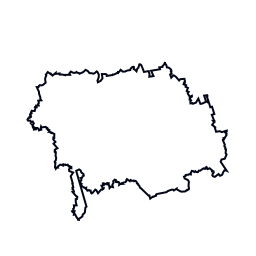 outline of Castillo de Teayo, Veracruz, Mexico, rotated 252°
{"feature_id": "50627088B5982554369070", "entity_name": "Castillo de Teayo", "entity_type": "district", "adm_level": 2, "iso_a3": "MEX", "parent_name": "Mexico", "parent_adm1": "Veracruz", "projection": "orthographic", "projection_center": [-97.687, 20.732], "detail": "fine", "context": "isolated", "style": "outline", "palette": "ink", "viewbox_px": 256, "rotation_deg": 252, "n_neighbors": 0, "source": "geoboundaries", "source_scale": "gbopen_adm2", "svg_char_len": 5693}
<svg xmlns="http://www.w3.org/2000/svg" viewBox="0 0 256 256"><g transform="rotate(252 128 128)"><path d="M95.0,221.1L95.1,215.9L96.6,214.3L97.2,210.6L101.6,210.7L101.8,211.1L105.0,209.0L106.9,211.7L108.0,211.3L107.7,211.8L108.3,211.7L108.3,212.1L108.9,211.7L109.1,212.1L114.7,211.8L114.6,214.4L122.3,214.5L122.3,212.7L128.2,212.8L128.0,211.9L128.9,212.0L129.0,212.8L134.1,212.7L134.1,213.5L134.7,213.5L135.3,210.4L128.8,210.4L128.3,205.7L128.6,204.3L134.2,204.0L131.1,200.4L131.0,197.4L131.2,196.9L131.8,196.9L132.1,195.0L134.3,195.6L134.6,196.5L136.3,196.0L136.3,195.5L137.4,195.9L138.1,198.5L138.9,198.7L138.6,196.4L142.3,195.5L143.0,195.6L143.6,196.8L145.1,195.3L147.6,197.4L149.4,195.5L150.7,196.5L151.5,195.3L151.9,195.5L152.5,194.4L154.0,195.5L153.8,196.1L154.2,196.5L157.3,196.9L158.3,192.8L157.4,191.3L162.1,189.3L164.0,187.6L164.1,187.3L162.5,184.7L165.9,184.6L166.2,186.3L168.6,186.2L168.8,187.0L170.5,186.9L172.8,185.4L173.6,183.7L175.8,183.9L178.3,183.2L179.3,183.6L177.3,182.0L176.1,179.8L175.4,179.6L176.0,176.5L174.0,176.6L175.3,167.7L169.5,168.3L170.2,164.1L172.2,165.0L175.7,165.3L176.4,160.5L182.6,160.2L183.8,160.0L185.0,159.0L185.0,158.4L182.2,156.6L181.3,154.9L179.3,153.6L181.5,152.5L182.2,151.6L184.1,152.5L184.6,152.0L184.7,151.0L184.3,150.1L183.3,148.5L182.4,148.0L182.9,144.9L182.6,142.6L183.2,140.5L185.6,139.0L184.1,137.0L184.4,135.8L183.3,135.4L183.7,134.5L183.1,130.9L183.6,130.1L183.2,129.5L184.1,123.9L185.3,124.2L186.2,123.5L187.4,119.8L183.1,119.1L181.3,116.5L180.8,113.5L182.5,113.6L185.2,115.8L187.6,116.7L190.5,116.3L191.5,115.7L190.4,113.0L190.4,111.7L191.3,110.4L192.1,108.3L194.4,107.5L196.4,105.7L195.0,102.6L194.6,98.7L195.3,98.5L196.2,96.8L197.2,96.4L196.8,94.9L197.4,93.0L199.3,91.0L198.1,89.2L196.5,89.4L197.9,84.8L197.6,84.6L199.3,81.7L199.7,79.9L200.1,79.4L201.0,79.8L201.9,75.6L202.6,76.0L201.2,72.4L203.3,71.5L203.0,71.2L206.0,69.0L204.1,66.3L203.1,66.5L201.5,65.0L199.9,64.2L196.6,63.7L195.2,60.3L195.3,58.5L196.0,57.5L195.6,56.4L194.6,55.5L195.1,53.9L189.7,54.5L188.3,54.0L184.1,54.1L182.8,53.6L181.1,54.1L181.7,51.1L179.4,51.0L178.6,49.9L177.0,50.0L177.7,47.6L176.1,47.5L176.7,46.1L176.5,45.9L175.9,46.4L173.0,44.5L174.1,41.8L173.1,41.3L173.2,40.9L172.5,40.4L171.7,40.7L171.3,39.0L170.2,38.9L170.1,39.4L168.6,39.2L168.5,38.8L169.0,38.5L168.9,37.8L168.2,37.9L168.0,35.9L166.9,34.9L165.8,35.3L165.2,37.4L163.5,37.7L163.6,39.4L161.4,39.8L160.4,38.3L160.8,37.8L159.0,38.5L158.5,37.7L157.5,37.9L157.4,38.6L155.6,38.0L155.2,40.2L156.5,40.4L156.0,41.9L154.6,42.8L153.3,42.6L153.2,45.0L155.1,45.1L156.3,45.8L155.2,46.1L154.6,49.8L153.7,50.7L152.7,50.5L152.7,51.3L151.2,51.2L151.3,51.8L150.9,52.1L150.9,51.8L149.3,52.3L148.8,51.7L148.7,52.3L147.1,53.2L146.6,54.1L147.0,54.2L145.1,56.1L141.4,54.8L141.9,54.0L140.1,53.4L137.2,54.7L136.1,52.3L130.6,54.7L130.1,52.1L129.6,51.9L129.6,51.5L128.6,51.2L127.7,51.7L127.6,51.1L126.6,51.6L123.8,50.5L121.8,50.5L119.5,49.3L118.7,47.9L117.3,47.8L117.1,48.2L113.3,46.4L111.5,46.7L112.3,47.7L112.0,49.0L112.7,48.8L113.1,49.4L114.1,52.1L113.3,53.8L113.4,54.5L112.7,54.2L112.1,54.9L112.9,56.0L112.6,57.1L112.0,57.3L111.7,59.4L110.1,59.6L109.9,60.4L109.3,60.1L108.4,60.8L109.0,61.1L108.5,62.1L107.2,61.7L107.8,60.4L106.9,59.1L105.2,58.8L102.6,62.1L99.8,58.6L93.3,58.4L92.4,58.3L92.4,57.9L88.7,57.7L88.6,56.8L87.0,56.4L87.0,56.9L84.2,56.9L84.3,55.5L79.5,57.5L78.4,58.5L77.3,58.2L76.9,57.4L76.3,57.3L76.5,56.3L73.5,55.4L70.3,55.2L71.1,52.6L69.4,52.3L67.7,51.2L67.8,50.9L66.9,50.8L66.4,50.4L66.2,49.1L65.1,49.3L65.2,51.3L62.3,49.7L62.2,51.0L58.6,51.6L57.8,52.1L56.2,52.1L55.9,52.7L56.5,52.7L58.0,57.3L59.7,58.2L60.5,60.2L61.3,61.0L65.5,62.9L66.0,64.2L103.3,65.5L103.7,68.7L102.3,69.8L100.1,69.9L98.0,71.4L96.3,71.2L96.2,70.0L94.9,69.0L95.0,67.9L94.5,68.2L94.3,67.8L92.7,67.5L92.0,66.3L91.4,66.1L89.8,65.8L89.2,66.4L89.0,65.8L88.0,65.7L85.0,67.6L84.9,68.2L84.1,68.6L84.1,69.7L83.1,69.1L81.9,69.9L81.1,69.9L80.8,70.3L81.1,71.6L80.3,72.2L80.0,73.1L77.9,72.8L77.0,73.2L77.3,74.4L79.5,77.9L78.5,78.7L75.2,79.3L77.8,83.5L77.3,84.3L77.7,85.9L78.3,86.3L78.6,85.4L81.3,85.0L81.1,85.9L81.6,86.5L81.4,86.8L82.4,86.9L81.8,87.8L82.8,87.9L81.9,89.1L81.6,90.3L81.2,90.5L82.1,91.2L81.4,92.6L80.4,91.9L79.6,92.3L76.6,91.9L77.6,93.5L76.4,95.4L78.9,95.6L80.5,97.4L82.0,97.5L83.0,99.4L82.2,100.4L80.4,99.8L79.8,101.0L80.2,101.3L79.2,102.6L78.0,102.7L76.7,102.1L77.1,103.3L76.7,104.9L77.2,104.4L77.5,104.8L77.1,105.4L77.5,106.6L77.3,108.7L77.9,109.9L78.9,110.2L79.7,111.2L76.8,113.4L77.7,114.5L76.5,115.4L76.2,117.3L75.5,117.4L75.5,118.6L74.9,119.2L73.5,119.6L72.9,119.4L72.0,120.1L71.8,119.8L71.3,119.9L69.6,120.9L67.6,120.9L67.0,121.5L57.3,126.7L57.2,127.5L54.0,127.3L54.8,129.7L54.7,130.7L55.0,130.7L54.9,133.8L55.9,134.0L56.3,134.8L55.1,144.8L55.7,146.3L55.9,150.1L55.5,151.7L54.4,152.3L55.3,155.5L54.8,155.3L51.8,158.0L50.9,159.2L50.0,162.8L50.9,165.0L50.5,165.1L50.9,166.8L51.5,167.3L54.4,167.7L58.0,169.3L59.9,169.0L62.5,166.3L64.4,166.2L64.6,167.9L65.3,168.1L65.5,168.6L64.9,171.0L65.2,171.9L64.4,173.4L66.1,173.9L66.2,174.4L67.5,175.4L66.8,176.8L65.7,177.4L66.1,178.7L65.2,179.1L64.5,180.5L64.5,181.0L65.6,182.1L65.1,183.4L66.3,187.2L65.3,188.5L65.6,189.1L65.2,189.9L66.4,189.7L66.6,190.6L64.3,191.1L64.5,193.2L61.7,194.9L60.8,194.5L60.4,195.9L59.2,195.8L58.2,194.4L57.1,193.6L55.9,193.9L54.7,195.5L56.2,199.9L54.1,200.8L54.3,202.6L54.6,203.3L56.4,204.7L57.9,206.6L57.6,207.8L56.9,208.6L67.3,205.7L69.1,207.2L68.9,210.6L72.5,213.6L73.5,213.1L74.3,213.2L77.4,214.6L78.1,214.4L77.3,213.7L79.6,214.6L81.0,214.0L82.3,214.9L86.8,214.5L87.3,214.6L87.1,215.1L87.6,215.8L88.0,215.6L88.3,216.3L88.8,216.1L88.7,216.8L90.6,219.3L91.3,219.3L91.9,220.0L93.6,219.1L94.1,220.8L95.0,221.1Z" fill="none" stroke="#020617" stroke-width="2"/></g></svg>